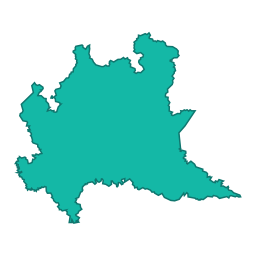 the district of Lombardia, Bergamo, Italy
{"feature_id": "23120603B71310509030930", "entity_name": "Lombardia", "entity_type": "district", "adm_level": 2, "iso_a3": "ITA", "parent_name": "Italy", "parent_adm1": "Bergamo", "projection": "natural_earth1", "projection_center": [9.792, 45.657], "detail": "fine", "context": "isolated", "style": "filled", "palette": "teal", "viewbox_px": 256, "rotation_deg": 0, "n_neighbors": 0, "source": "geoboundaries", "source_scale": "gbopen_adm2", "svg_char_len": 5710}
<svg xmlns="http://www.w3.org/2000/svg" viewBox="0 0 256 256"><path d="M69.2,222.5L72.5,222.5L71.6,220.9L71.9,219.6L73.8,223.1L78.8,222.1L77.5,220.6L79.4,217.7L76.0,215.6L75.7,214.6L78.2,213.0L78.6,211.4L81.8,209.2L80.6,207.5L80.1,204.5L76.6,203.6L76.4,202.6L75.2,202.1L76.6,199.5L75.8,198.6L78.6,197.4L80.6,192.1L82.0,191.6L82.8,190.0L82.3,189.6L82.5,186.9L84.7,184.7L85.7,184.6L85.5,183.8L87.4,183.9L87.7,182.8L92.3,181.8L94.9,184.2L96.3,182.9L95.1,180.1L95.9,179.0L97.7,181.7L99.1,182.2L101.0,181.0L101.5,178.9L102.3,179.0L103.2,180.5L102.7,183.7L105.8,184.3L108.9,186.2L111.5,184.3L111.2,181.1L112.2,180.9L113.8,183.2L116.4,184.3L116.7,186.6L117.2,186.8L118.0,185.9L118.4,182.6L120.2,182.8L121.6,184.6L122.9,184.0L123.2,182.6L121.4,180.8L121.7,179.5L124.8,178.6L124.5,182.2L129.7,178.9L133.0,182.5L132.5,184.5L134.4,186.1L134.7,187.9L137.1,187.3L137.7,189.2L139.0,189.7L142.9,187.6L145.2,189.1L147.0,188.6L150.5,190.2L151.9,192.1L154.3,192.0L154.6,193.1L158.4,195.3L162.0,193.4L164.4,197.4L170.8,200.4L174.7,200.8L179.2,199.3L183.7,193.2L184.3,195.6L186.8,192.7L187.9,193.8L188.1,196.9L195.1,198.2L196.1,199.2L197.4,198.8L198.3,200.0L200.0,199.5L199.4,200.4L201.4,199.3L203.3,199.5L207.5,196.3L212.4,196.9L213.4,195.5L216.9,196.3L219.5,198.4L226.8,196.6L228.8,197.9L229.7,196.1L231.0,195.6L235.3,196.8L236.8,196.0L238.7,197.0L240.6,196.8L239.8,195.1L233.6,192.8L231.5,190.7L228.8,190.1L228.0,188.7L228.6,187.6L228.2,186.4L226.2,187.7L223.2,186.0L221.1,186.1L221.2,184.6L222.2,183.7L221.3,183.3L221.4,182.4L223.4,181.0L219.0,179.6L217.5,181.8L215.6,180.9L215.0,181.6L215.2,182.6L213.4,182.3L209.9,179.9L211.5,177.2L210.2,177.3L209.9,176.4L207.3,177.2L207.5,173.7L206.4,172.4L202.6,171.0L202.8,169.2L195.9,166.9L194.6,164.2L190.9,161.2L187.5,163.9L186.8,163.5L187.0,161.2L185.1,161.1L185.7,159.3L183.5,158.5L183.4,157.4L185.7,156.0L184.4,154.9L185.9,153.2L185.7,151.3L181.8,150.2L181.0,151.4L180.2,151.2L180.6,148.9L178.7,149.2L180.5,148.2L178.9,132.8L184.9,126.0L195.1,110.8L191.4,110.8L190.1,109.8L188.7,111.1L187.1,109.8L185.2,110.5L184.3,109.9L182.5,111.0L180.8,110.8L181.1,111.8L180.1,113.7L177.6,113.5L172.9,115.6L171.6,115.1L171.8,113.8L171.1,113.4L172.4,112.2L169.2,111.0L169.3,106.6L168.3,105.5L169.8,102.5L167.9,99.9L168.1,97.3L165.5,96.8L165.4,95.5L165.8,93.5L167.8,92.1L167.5,89.1L172.2,84.5L172.9,82.4L172.5,80.4L174.0,78.3L172.1,76.1L174.3,73.0L174.2,71.8L175.5,70.7L174.7,67.8L173.5,67.0L175.0,65.3L173.8,64.1L173.9,62.8L170.1,61.0L170.4,60.0L172.0,60.1L172.0,59.2L174.0,57.8L177.1,57.7L179.0,55.5L177.9,54.1L178.2,51.0L176.5,49.0L172.6,46.7L167.0,46.4L165.6,44.9L165.3,43.0L162.7,41.0L161.0,41.7L157.6,40.6L156.5,41.8L155.5,41.0L153.3,41.1L152.5,39.1L149.3,38.4L149.1,37.1L150.4,35.3L149.0,32.9L147.0,34.6L145.2,33.7L140.6,35.7L138.5,35.2L138.4,37.9L136.7,38.7L137.0,39.8L134.0,42.2L134.8,43.9L134.0,45.1L134.4,46.0L134.0,48.0L134.8,49.6L133.7,51.2L136.8,53.6L140.7,52.6L143.4,54.8L143.0,56.9L140.5,57.9L140.6,59.4L139.0,60.3L138.7,62.1L139.7,64.1L142.5,66.1L144.2,69.4L140.8,72.7L137.9,72.3L136.1,73.4L134.1,72.2L135.3,70.4L134.9,68.6L130.4,66.8L130.7,64.1L129.2,63.1L130.4,60.4L128.0,59.2L127.5,57.8L125.0,59.0L123.5,57.5L120.7,59.3L117.9,59.4L113.7,62.0L110.6,60.5L109.5,61.5L109.8,62.1L109.1,63.1L109.8,64.1L108.9,66.1L106.9,66.0L105.9,65.1L103.3,66.6L101.6,66.6L95.9,64.9L93.5,62.1L92.2,59.2L89.6,58.0L90.1,56.8L88.9,53.7L89.7,48.8L89.6,47.9L88.6,47.6L89.4,47.5L89.6,45.1L87.5,46.2L85.7,49.2L83.0,47.4L82.8,45.6L82.0,45.0L75.9,46.3L75.2,47.7L75.5,49.7L73.2,51.1L73.2,52.2L75.7,54.5L75.4,56.2L76.0,57.0L75.4,58.8L76.9,60.0L76.6,62.0L77.2,62.8L75.8,64.5L76.0,65.7L73.4,68.7L73.2,71.8L71.2,72.2L70.9,73.7L69.6,74.3L69.0,77.1L68.2,78.0L66.4,78.0L63.5,81.5L59.7,82.9L61.1,85.9L60.2,88.2L55.9,89.4L54.9,90.9L56.3,95.2L53.3,97.4L55.2,98.4L55.6,101.5L58.7,102.3L60.0,103.1L60.0,104.3L60.9,104.2L58.3,106.9L56.7,111.8L55.4,112.2L53.6,111.8L53.9,110.6L51.7,110.8L50.7,109.8L47.4,111.0L47.9,109.3L50.0,107.4L49.1,107.2L48.4,103.7L46.0,101.2L46.1,98.6L44.1,98.4L41.2,95.7L37.8,95.6L39.3,92.4L41.0,91.4L41.6,90.3L41.1,90.0L42.3,89.8L43.1,88.5L42.9,87.2L39.4,84.7L37.6,85.4L35.9,84.7L34.5,82.7L31.8,85.7L33.4,92.5L21.3,104.3L23.1,110.7L22.1,112.7L20.3,113.6L19.8,115.8L23.0,120.8L26.7,121.5L27.5,122.4L26.5,126.0L29.6,126.0L28.7,127.5L30.1,129.8L27.9,129.8L28.2,131.3L29.7,131.5L31.3,133.4L31.4,134.6L30.5,135.6L31.4,136.4L32.5,140.1L32.1,141.4L33.1,142.9L37.7,144.5L37.8,146.8L39.4,148.4L39.3,149.7L40.6,149.6L40.2,150.2L41.9,153.5L39.5,154.0L38.7,154.9L36.0,154.0L35.6,155.2L32.4,155.0L32.5,155.8L35.7,157.9L34.1,159.5L32.8,159.2L32.1,162.4L30.1,163.4L28.2,163.5L27.5,160.1L25.7,159.0L25.9,157.9L24.9,157.1L21.6,158.1L19.5,156.7L19.5,157.5L17.6,158.5L18.4,161.0L16.6,161.4L15.4,163.5L16.8,163.5L16.6,165.2L18.2,164.8L18.0,166.7L18.9,167.1L18.3,167.8L17.3,167.1L17.4,167.8L19.8,168.4L17.7,168.6L18.9,169.1L17.3,170.3L19.2,172.0L17.4,172.6L19.0,172.9L21.5,171.6L21.7,172.2L19.6,173.3L18.8,175.0L19.8,175.6L19.6,176.6L21.7,177.1L22.5,179.1L24.2,179.6L23.8,181.5L26.6,184.6L25.9,185.4L26.7,186.6L25.8,187.9L27.1,188.5L27.6,190.1L28.9,189.0L30.2,190.0L31.6,188.2L32.8,189.8L34.7,189.9L34.5,191.0L35.8,190.6L36.3,191.2L36.8,189.6L38.5,189.7L38.2,188.4L39.5,189.0L38.9,188.3L40.3,188.3L40.3,187.2L40.6,188.0L41.7,187.7L41.8,187.0L43.6,187.4L45.2,186.1L44.7,186.6L46.1,187.0L46.3,191.1L47.4,193.2L50.8,193.1L52.4,196.2L51.5,197.4L53.2,198.7L53.8,200.7L56.2,202.8L58.1,202.7L59.2,205.1L57.6,206.5L59.4,208.7L59.4,209.7L61.1,209.6L62.2,210.9L66.2,210.0L65.7,210.5L67.2,211.7L67.0,214.2L70.2,216.1L69.2,222.5ZM76.2,221.1L76.3,220.6L77.1,220.8L76.2,221.1ZM52.2,96.1L51.6,96.1L50.9,98.0L52.3,98.2L52.2,96.1ZM31.0,190.5L31.3,190.0L31.2,189.5L31.0,190.5Z" fill="#14b8a6" stroke="#0f766e" stroke-width="1.5"/></svg>